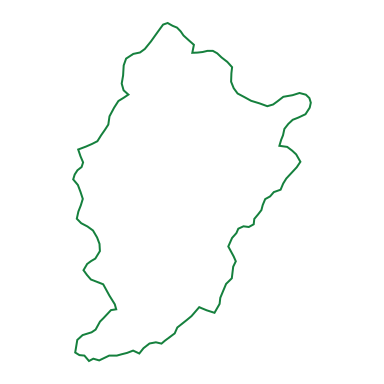 Piranguçu, Minas Gerais, Brazil (Robinson projection)
{"feature_id": "56859067B35969927877310", "entity_name": "Piranguçu", "entity_type": "district", "adm_level": 2, "iso_a3": "BRA", "parent_name": "Brazil", "parent_adm1": "Minas Gerais", "projection": "robinson", "projection_center": [-45.515, -22.558], "detail": "fine", "context": "isolated", "style": "outline", "palette": "green", "viewbox_px": 384, "rotation_deg": 0, "n_neighbors": 0, "source": "geoboundaries", "source_scale": "gbopen_adm2", "svg_char_len": 1942}
<svg xmlns="http://www.w3.org/2000/svg" viewBox="0 0 384 384"><path d="M83.5,270.2L87.0,275.0L90.9,279.5L103.2,284.3L109.4,295.6L114.8,304.3L116.2,309.3L111.0,310.1L103.5,318.1L100.0,321.6L95.6,329.6L91.6,332.3L82.6,335.1L77.3,339.9L75.2,352.5L79.4,355.1L84.4,355.6L89.0,361.0L93.3,358.7L99.2,360.4L109.2,355.6L116.8,355.6L121.5,354.3L127.1,352.9L133.1,350.6L139.3,353.5L143.5,348.2L149.5,343.5L155.9,342.3L161.5,343.6L164.9,340.7L174.7,333.4L177.3,327.5L186.8,320.0L191.5,316.1L199.2,307.2L206.7,310.3L214.5,312.8L219.6,303.9L220.3,297.8L223.0,291.3L226.1,283.9L231.8,278.3L233.2,266.7L235.8,261.3L233.7,256.5L228.3,246.5L232.1,237.9L236.4,233.1L238.3,228.7L243.5,226.3L248.8,227.0L253.7,224.3L254.3,218.9L258.0,214.5L261.4,210.1L262.7,205.1L265.2,199.1L270.1,196.4L273.8,192.1L280.6,189.7L283.2,183.5L286.3,178.5L291.5,172.9L296.7,167.3L300.4,161.8L296.2,154.4L292.1,150.6L287.2,146.9L279.4,145.8L281.2,139.7L283.0,135.3L284.4,128.9L288.4,123.8L292.7,119.8L298.3,117.6L305.5,114.2L309.7,107.7L310.8,102.7L309.4,98.1L305.9,94.7L299.5,93.0L292.5,95.2L283.3,96.8L277.5,101.3L273.1,104.5L267.3,106.2L259.6,103.4L251.1,100.8L244.4,97.1L237.6,93.5L233.7,88.2L231.1,81.7L231.4,73.2L232.1,67.2L227.3,61.9L221.5,57.4L217.2,53.3L212.9,50.9L207.3,50.9L202.7,52.0L197.4,52.6L192.3,52.8L193.9,44.8L188.8,40.3L183.5,35.5L180.7,31.4L177.0,27.6L172.6,25.8L167.6,23.0L163.1,24.6L160.3,28.4L157.4,32.4L154.1,37.0L150.9,41.5L147.8,45.3L144.8,49.0L140.0,52.5L133.3,53.9L126.1,58.6L123.7,65.4L123.1,75.4L121.7,83.6L123.6,90.3L128.4,94.6L123.6,97.8L118.4,101.0L114.1,107.7L109.5,116.3L108.3,124.6L104.8,130.0L101.1,135.3L97.4,141.2L91.9,144.0L85.9,146.6L78.2,149.5L80.5,156.3L83.1,162.4L81.6,167.0L77.5,170.2L74.7,174.5L73.2,179.4L77.9,185.0L80.5,191.9L82.8,198.9L80.8,205.4L78.4,211.5L76.8,218.7L81.2,223.2L87.5,226.5L93.0,230.5L97.1,237.5L99.5,243.9L99.9,251.1L95.3,258.6L91.2,261.0L87.2,263.9L83.5,270.2Z" fill="none" stroke="#15803d" stroke-width="2"/></svg>